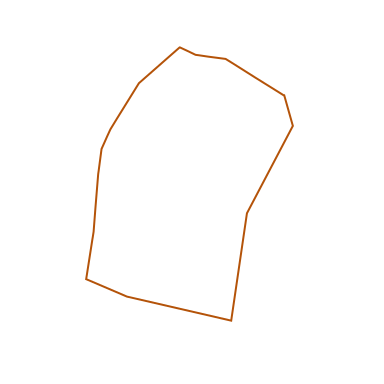 Zamyn U'ud, Dornogovi, Mongolia, rotated 215°
{"feature_id": "93677404B96748397231812", "entity_name": "Zamyn U'ud", "entity_type": "district", "adm_level": 2, "iso_a3": "MNG", "parent_name": "Mongolia", "parent_adm1": "Dornogovi", "projection": "mercator", "projection_center": [111.89, 43.804], "detail": "fine", "context": "isolated", "style": "outline", "palette": "amber", "viewbox_px": 384, "rotation_deg": 215, "n_neighbors": 0, "source": "geoboundaries", "source_scale": "gbopen_adm2", "svg_char_len": 604}
<svg xmlns="http://www.w3.org/2000/svg" viewBox="0 0 384 384"><g transform="rotate(215 192 192)"><path d="M171.9,324.1L172.2,323.8L206.1,322.0L233.7,320.7L240.7,320.3L240.8,320.3L242.7,319.3L256.5,312.1L260.1,310.3L262.1,309.3L265.1,307.8L267.0,306.8L267.8,306.4L276.4,305.0L284.9,303.5L285.0,303.4L285.1,303.2L287.7,292.6L297.9,250.7L295.6,209.4L294.8,196.6L293.5,189.4L292.1,182.2L290.8,175.4L280.5,155.6L279.2,153.0L262.4,124.3L249.8,103.0L247.4,98.1L246.6,96.4L230.6,63.8L228.7,59.9L185.3,69.0L86.1,109.1L134.8,206.1L147.3,304.0L171.9,324.1Z" fill="none" stroke="#b45309" stroke-width="2"/></g></svg>